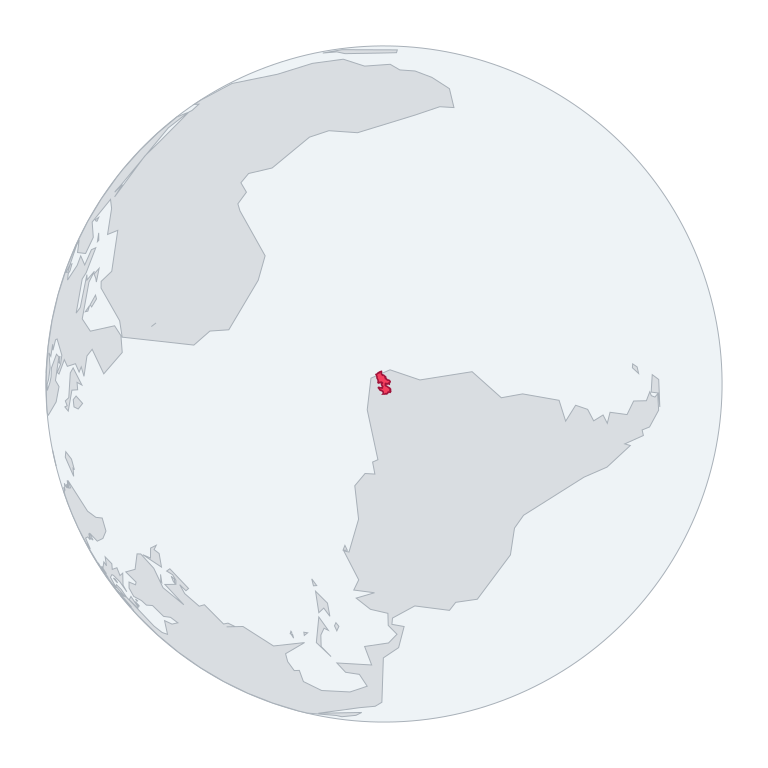 Paraíba on an orthographic globe, rotated 248°
{"feature_id": "BRA-626", "entity_name": "Paraíba", "entity_type": "State", "adm_level": 1, "iso_a3": "BRA", "parent_name": "Brazil", "parent_adm1": "", "projection": "orthographic", "projection_center": [-36.992, -7.153], "detail": "fine", "context": "on_globe", "style": "filled", "palette": "rose", "viewbox_px": 768, "rotation_deg": 248, "n_neighbors": 0, "source": "natural_earth", "source_scale": "10m", "svg_char_len": 10774}
<svg xmlns="http://www.w3.org/2000/svg" viewBox="0 0 768 768"><g transform="rotate(248 384 384)"><circle cx="384" cy="384" r="338" fill="#eef3f6" stroke="#a8b0b8"/><path d="M260.8,69.4L260.5,69.5L267.6,66.8L268.0,67.0L276.4,64.3L272.0,66.4L282.5,62.7L284.9,61.5L290.2,59.7L295.4,58.4L290.7,60.3L287.5,61.2L288.8,61.2L284.3,62.9L289.4,61.3L283.2,64.5L296.9,59.6L298.2,60.7L292.0,63.4L282.9,65.4L245.8,80.0L236.7,85.2L233.0,89.5L246.8,91.9L240.8,97.5L239.8,103.4L247.6,98.7L251.1,92.6L265.3,86.4L268.0,80.9L274.1,78.0L280.8,72.4L290.3,71.2L295.9,73.4L290.9,78.4L293.2,79.9L306.5,74.2L305.4,83.8L319.0,91.4L317.5,94.8L299.4,101.5L277.9,102.8L254.3,115.7L280.2,105.8L276.2,116.0L279.9,117.5L286.3,116.6L292.0,112.4L292.9,116.2L267.6,126.2L266.5,122.9L274.5,119.4L264.3,120.7L247.2,129.4L246.6,134.8L221.6,145.3L220.7,149.8L214.8,155.1L217.8,147.1L212.0,162.4L182.5,183.4L174.0,213.5L170.8,191.7L162.7,190.7L151.9,193.4L150.2,198.2L138.3,197.8L123.2,211.3L111.2,237.1L110.1,255.2L124.0,252.4L131.1,240.4L143.0,235.8L128.1,267.3L147.9,267.7L142.2,291.2L147.1,302.3L158.6,297.5L169.9,301.7L180.2,287.0L195.9,278.0L194.0,297.0L204.3,278.8L211.9,287.2L244.3,284.2L241.3,288.6L268.2,309.8L300.6,318.8L308.1,332.9L303.9,341.8L315.9,344.2L316.1,350.0L366.4,358.8L394.3,374.1L394.9,394.9L374.3,418.8L362.4,470.3L327.3,487.6L322.9,508.8L303.3,540.2L281.5,538.5L292.5,553.7L284.2,563.3L271.3,564.6L273.2,575.5L263.9,576.3L273.1,583.0L264.6,597.9L274.7,609.1L270.2,621.0L277.2,627.5L273.0,627.5L270.4,630.3L272.4,634.1L256.8,628.8L244.7,614.1L244.7,606.1L239.1,605.2L238.3,584.8L234.7,589.3L223.4,559.6L222.7,534.5L210.0,464.2L201.5,451.0L178.2,437.2L149.5,389.9L154.7,368.7L149.6,359.9L166.7,329.4L163.8,304.2L158.2,301.3L151.6,311.8L134.1,298.8L130.3,280.8L89.7,262.8L88.5,255.1L93.0,240.3L103.3,199.8L87.8,240.3L87.3,233.9L91.3,220.3L94.6,215.5L104.8,195.2L107.6,189.7L112.9,182.2L129.9,161.3L148.4,141.8L168.4,123.8L189.8,107.5L212.4,92.9L236.1,80.2L260.8,69.4ZM169.6,224.4L192.4,236.3L176.5,240.1L180.0,236.9L174.9,231.4L164.2,227.4L151.1,232.8L169.6,224.4ZM186.4,205.5L182.2,205.0L186.8,204.2L186.4,205.5ZM275.1,73.6L277.8,73.0L275.2,74.3L275.1,73.6ZM275.4,71.9L270.3,73.9L269.7,73.5L272.8,72.2L275.4,71.9ZM281.8,69.8L269.3,72.5L268.3,71.8L279.4,67.0L281.8,69.8ZM283.4,61.8L281.1,62.9L278.2,63.4L283.4,61.8ZM287.0,60.3L280.3,62.6L271.7,65.3L287.0,60.3ZM292.2,59.1L288.3,60.1L293.2,58.5L301.8,56.3L297.5,57.4L292.2,59.1ZM299.0,57.1L306.1,55.3L308.5,55.0L296.3,58.1L299.0,57.1ZM320.9,54.0L316.1,54.6L318.3,53.7L320.9,54.0ZM308.6,54.7L307.7,54.9L308.0,54.7L313.1,53.6L308.6,54.7ZM318.7,52.4L317.6,52.8L325.9,51.6L324.2,52.2L311.2,54.1L316.9,52.8L318.7,52.4ZM285.3,640.4L259.3,631.1L272.8,635.1L276.4,628.7L292.2,636.2L285.3,640.4ZM298.4,624.0L306.0,620.4L309.5,622.1L305.0,625.1L298.4,624.0ZM514.4,72.2L510.1,70.6L527.2,77.9L520.7,74.9L520.9,75.1L544.6,86.7L567.3,100.1L588.9,115.3L609.2,132.1L628.2,150.4L645.7,170.2L661.5,191.2L675.7,213.5L675.6,213.3L681.1,222.9L692.1,245.3L701.5,268.4L709.2,292.1L709.2,303.9L702.3,280.0L667.0,214.6L664.0,208.3L663.6,207.5L662.7,206.2L666.9,216.2L658.4,204.3L685.0,247.6L692.6,266.3L709.3,305.1L709.5,308.4L712.8,317.2L714.3,312.8L715.9,320.7L719.6,355.5L711.1,401.3L708.1,437.7L700.4,467.9L686.0,485.1L678.1,509.5L669.3,516.3L662.6,530.0L650.3,543.3L633.3,555.3L614.1,552.4L620.2,539.6L621.7,513.7L626.9,453.6L639.5,427.8L640.8,407.3L626.2,361.2L629.9,337.3L624.2,326.7L613.4,328.3L605.8,316.0L598.5,315.3L547.4,321.8L527.3,306.2L492.4,260.4L498.3,242.4L491.3,222.3L525.5,158.8L541.7,162.6L578.9,157.6L585.1,160.2L590.5,173.8L626.2,194.7L626.2,183.7L648.8,197.2L657.6,199.6L643.5,174.1L628.9,169.4L616.8,156.2L620.7,149.1L631.9,155.4L627.5,150.7L612.3,137.6L606.6,130.9L606.1,132.7L612.4,137.9L612.3,139.7L606.5,135.2L604.7,132.6L598.9,129.5L608.9,143.9L616.4,150.8L606.5,151.1L618.1,163.0L618.3,167.8L598.8,149.6L594.4,143.5L565.0,125.1L568.8,131.1L596.7,149.5L591.7,147.6L597.0,157.7L589.0,148.6L557.4,128.6L543.0,131.5L538.9,156.0L527.4,158.2L511.3,153.1L498.4,128.0L525.5,126.4L521.3,119.1L503.5,108.7L513.3,109.7L509.3,105.8L518.4,105.5L519.0,97.0L526.3,96.7L515.0,86.4L517.2,85.3L523.3,91.4L531.4,96.1L548.2,97.8L548.1,96.1L539.3,89.7L545.0,91.7L534.4,85.4L538.4,85.0L524.6,80.7L514.0,74.8L510.0,71.6L504.1,69.4L510.5,74.8L515.3,78.0L523.4,81.6L534.3,91.5L531.0,92.7L510.3,80.7L503.3,81.7L490.2,73.3L480.9,61.2L482.9,60.9L491.8,63.7L514.4,72.2ZM524.4,189.8L526.0,195.5L524.4,189.8ZM245.3,283.8L249.0,287.3L243.6,287.7L245.3,283.8ZM172.8,247.8L178.3,247.5L180.7,250.0L176.2,251.4L172.8,247.8ZM223.3,243.0L230.4,244.0L222.3,246.1L223.3,243.0ZM196.4,237.9L217.5,242.9L202.0,249.5L188.9,246.8L198.8,244.2L196.4,237.9ZM180.7,215.9L183.9,216.7L181.9,220.0L180.7,215.9ZM189.7,205.1L188.3,205.5L187.3,203.2L189.7,205.1ZM277.6,115.4L279.7,114.7L285.5,114.7L281.5,116.6L277.6,115.4ZM319.3,106.1L319.8,112.4L316.6,108.8L311.1,112.0L297.6,109.1L316.1,96.4L310.1,102.3L319.3,106.1ZM284.7,103.2L291.2,105.5L283.3,103.6L284.7,103.2ZM478.9,88.0L485.9,90.0L488.2,94.0L478.9,97.3L475.4,91.1L478.9,88.0ZM495.2,92.3L477.2,81.1L482.3,79.5L482.5,82.1L487.7,82.2L489.4,86.6L511.8,97.3L515.4,101.8L496.2,103.5L500.5,100.0L493.4,97.8L495.2,92.3ZM422.3,64.1L414.6,61.7L435.6,61.1L440.4,63.6L431.4,66.1L420.5,64.8L422.3,64.1ZM303.8,61.7L299.5,62.6L300.8,61.8L305.5,60.4L303.8,61.7ZM318.5,54.4L324.0,57.6L319.4,58.6L328.2,60.7L319.3,64.3L313.9,62.6L313.7,67.5L305.3,67.5L306.5,70.9L295.3,66.7L287.7,67.7L299.6,65.0L307.9,61.5L309.2,60.3L307.3,58.0L295.1,59.4L301.4,57.0L309.1,55.0L313.0,54.3L307.7,55.8L316.8,53.8L312.0,55.6L318.5,54.4ZM394.3,46.2L388.1,46.1L405.4,46.8L400.8,46.8L403.1,46.9L403.6,47.3L408.2,48.3L404.6,48.4L408.0,48.9L408.3,49.6L411.7,50.4L406.5,51.1L410.2,52.3L405.7,52.0L413.4,54.2L405.4,53.0L405.1,54.5L413.0,54.8L377.1,61.5L368.3,66.9L365.3,72.5L351.8,71.1L346.1,65.5L345.7,59.3L356.2,55.1L348.2,55.8L350.9,54.1L356.0,54.2L349.6,53.2L353.2,52.1L352.9,49.6L341.5,49.9L341.1,49.5L347.3,48.8L342.6,49.0L354.1,47.6L365.5,46.6L377.6,46.2L376.6,46.2L377.7,46.1L394.3,46.2ZM359.2,47.0L343.8,48.5L342.2,48.9L328.4,51.1L321.3,52.0L325.9,51.2L328.7,50.6L329.8,50.5L331.1,50.3L337.5,49.3L359.2,47.0ZM586.3,155.5L590.1,156.4L594.6,156.4L598.0,163.2L586.3,155.5ZM565.0,141.8L567.5,141.2L574.5,149.8L570.6,149.3L565.0,141.8ZM562.9,134.1L567.1,140.5L562.5,136.7L562.9,134.1ZM525.0,90.9L527.0,90.4L529.5,91.9L531.2,94.1L525.0,90.9ZM444.1,51.5L446.5,51.9L441.2,51.0L440.3,50.8L430.8,49.3L444.1,51.5ZM644.4,177.7L645.4,181.9L642.5,179.0L642.8,178.1L644.4,177.7ZM623.3,171.6L631.0,176.1L624.1,173.4L623.3,171.6ZM709.7,470.3L688.8,521.5L686.5,519.7L692.7,503.3L704.9,471.6L709.6,464.7L713.8,451.2L709.7,470.3Z" fill="#d9dde1" stroke="#a8b0b8" stroke-width="1"/><path d="M395.9,380.2L395.9,380.4L395.9,380.7L395.8,380.9L395.9,381.1L396.0,381.4L396.0,381.5L396.0,381.9L396.2,382.3L396.2,382.5L396.4,382.6L396.5,382.6L396.5,382.9L396.5,383.0L396.4,383.1L396.4,383.3L396.3,383.6L396.2,383.7L396.2,383.8L396.3,383.8L396.4,383.7L396.5,383.5L396.6,383.1L396.6,383.4L396.6,383.7L396.7,383.9L396.7,384.0L396.8,384.1L396.8,384.4L396.8,385.3L396.7,385.7L396.7,386.0L396.8,386.2L396.7,386.4L396.3,386.3L396.1,386.2L395.8,386.1L395.7,386.1L395.6,385.9L395.4,385.6L395.0,385.5L394.7,385.5L394.3,385.4L394.1,385.4L393.8,385.5L393.6,385.6L393.5,385.8L393.4,385.9L393.2,385.8L392.8,385.8L392.7,385.8L392.7,386.0L392.6,386.3L392.5,386.8L392.4,387.0L392.1,387.1L391.7,387.3L391.0,387.5L390.8,387.5L390.6,387.6L390.5,387.4L390.4,387.4L390.4,387.5L390.6,387.7L390.6,387.8L390.3,387.8L390.3,388.0L390.2,388.1L390.0,387.9L389.9,387.9L389.5,388.0L389.4,388.0L389.3,387.9L389.3,387.7L389.2,387.7L388.9,387.9L388.8,388.0L388.6,387.9L388.5,387.7L388.4,387.9L388.2,388.0L388.0,387.9L387.8,387.9L387.5,387.9L387.4,387.9L387.3,388.0L387.4,388.3L387.2,388.5L386.9,388.5L386.6,388.5L386.4,388.6L386.2,388.8L386.0,389.0L386.1,389.3L386.1,389.5L385.9,389.7L385.7,389.8L385.6,390.0L385.3,390.3L385.2,390.3L384.9,390.3L384.3,390.6L384.2,390.7L383.9,390.6L383.8,390.4L383.5,390.3L383.2,390.0L383.2,389.7L383.1,389.3L383.1,389.2L383.1,388.9L382.9,388.8L382.7,388.8L382.2,388.9L382.1,389.0L381.9,388.9L382.0,388.8L382.2,388.6L382.3,388.5L382.5,388.2L382.6,387.9L382.9,387.7L383.0,387.7L382.9,387.3L382.7,386.9L382.7,386.6L382.8,386.5L383.0,386.3L383.3,386.3L383.9,386.1L384.0,386.0L384.0,385.9L383.9,385.7L383.8,385.4L383.7,385.4L383.3,385.2L383.1,385.1L382.6,384.8L382.5,384.7L382.3,384.7L381.9,384.9L381.8,385.1L381.7,385.2L381.4,385.1L381.2,385.2L381.1,385.3L381.1,385.5L380.9,385.7L380.8,385.8L380.5,386.1L379.8,386.3L379.7,386.5L379.3,386.9L378.8,387.0L378.7,387.1L378.5,387.5L378.3,387.6L378.2,387.7L377.8,387.5L377.7,387.6L377.6,387.8L377.4,387.9L377.3,387.7L377.2,387.7L377.1,387.9L377.0,388.0L376.9,388.0L376.8,387.9L376.8,388.0L376.7,388.1L376.4,388.0L376.4,387.8L376.3,387.6L376.2,387.3L376.0,387.2L375.9,387.3L375.7,387.5L375.6,387.4L375.3,387.6L375.2,387.6L374.9,387.6L374.7,387.5L374.7,387.3L374.7,387.2L374.4,387.2L374.3,386.9L374.1,386.8L374.0,386.7L374.3,386.4L374.5,386.1L374.4,385.8L374.6,385.7L374.8,385.4L374.9,385.2L375.0,384.9L374.9,384.6L374.6,384.5L374.6,384.4L374.4,384.2L374.2,384.1L374.2,383.8L374.2,383.6L374.1,383.3L374.1,383.2L373.8,383.1L373.7,382.9L373.8,382.6L374.2,382.3L374.2,382.2L374.3,382.2L374.4,381.9L374.5,381.8L374.5,381.7L374.4,381.6L374.3,381.4L374.3,381.2L374.7,380.0L375.0,379.7L375.1,379.3L375.2,379.5L375.3,379.6L375.5,379.6L376.3,380.1L376.6,380.1L377.3,380.3L377.4,380.2L377.6,379.9L377.8,379.8L377.8,380.0L378.0,380.0L378.1,379.8L378.2,379.7L378.6,379.4L379.0,379.2L379.1,378.9L379.3,378.9L379.4,378.7L379.5,378.3L379.5,378.2L380.2,377.9L380.6,377.9L380.8,377.8L381.2,377.7L381.4,377.8L381.5,377.8L381.6,377.7L381.8,377.7L382.0,377.5L382.2,377.4L382.4,377.3L382.5,377.3L382.8,377.4L382.9,377.5L382.9,377.9L382.9,378.0L382.7,378.1L382.3,378.8L382.0,379.0L381.7,379.3L381.6,379.5L381.6,379.9L381.4,380.3L381.0,380.5L380.9,380.6L380.9,380.9L380.9,381.0L381.0,381.2L381.5,381.3L382.0,381.3L382.3,381.5L382.5,381.8L382.5,382.0L382.9,381.9L383.1,381.8L383.6,381.7L383.8,381.6L383.9,381.4L384.0,381.4L384.2,381.6L384.3,381.6L384.5,381.6L384.9,381.6L385.1,381.7L385.5,382.1L385.3,382.6L385.3,382.8L385.5,382.9L385.6,383.0L386.0,382.7L386.3,382.7L386.5,382.6L386.7,382.4L386.8,382.0L386.9,381.8L386.7,381.6L386.7,381.4L386.6,381.2L386.8,380.8L387.1,381.0L387.2,380.9L387.2,380.7L387.0,380.4L386.9,380.2L386.8,379.6L386.9,379.4L387.2,379.4L387.3,379.3L387.4,379.0L387.5,379.0L387.8,379.0L388.0,379.0L388.2,379.4L388.2,379.5L388.3,379.6L389.1,379.8L389.4,379.8L389.7,379.8L390.0,379.9L390.3,380.0L390.8,379.9L391.1,379.9L391.4,379.8L391.7,379.7L391.8,379.7L392.4,379.9L392.8,379.9L392.9,380.0L393.5,380.3L393.9,380.3L394.0,380.3L394.2,380.2L394.6,380.2L395.0,380.3L395.4,380.4L395.5,380.3L395.9,380.2Z" fill="#f43f5e" stroke="#9f1239" stroke-width="1.5"/></g></svg>